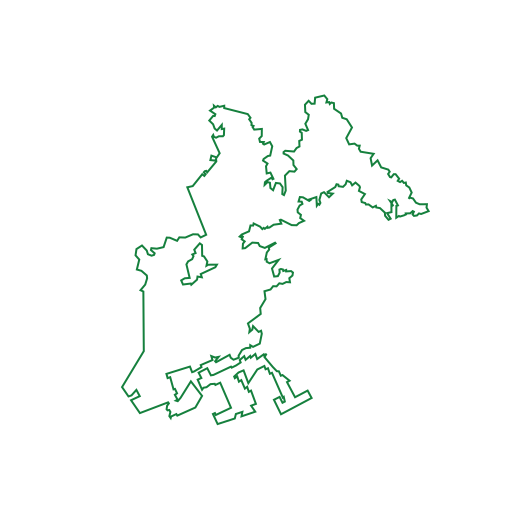 outline of Matías Romero Avendaño, Oaxaca, Mexico, rotated 245°
{"feature_id": "50627088B25064562283862", "entity_name": "Matías Romero Avendaño", "entity_type": "district", "adm_level": 2, "iso_a3": "MEX", "parent_name": "Mexico", "parent_adm1": "Oaxaca", "projection": "robinson", "projection_center": [-94.977, 17.133], "detail": "fine", "context": "isolated", "style": "outline", "palette": "green", "viewbox_px": 512, "rotation_deg": 245, "n_neighbors": 0, "source": "geoboundaries", "source_scale": "gbopen_adm2", "svg_char_len": 6161}
<svg xmlns="http://www.w3.org/2000/svg" viewBox="0 0 512 512"><g transform="rotate(245 256 256)"><path d="M347.3,222.8L296.3,219.8L296.2,213.7L300.1,212.5L302.3,208.1L302.6,199.7L305.3,194.4L303.1,190.9L309.0,185.6L310.4,182.9L303.1,176.0L304.5,169.3L307.3,164.5L305.8,163.3L301.3,165.3L300.1,164.1L300.4,161.5L303.3,158.8L307.1,159.3L313.7,157.1L312.8,150.6L307.5,147.1L302.1,148.7L294.1,142.3L291.0,145.9L284.5,148.8L281.8,147.9L276.9,143.5L273.8,136.9L271.4,138.9L217.2,114.1L193.8,79.2L182.6,81.1L182.3,84.3L185.2,91.0L178.1,91.4L178.1,81.8L162.7,84.4L160.5,114.5L159.2,114.7L157.9,112.2L154.9,110.2L153.5,110.6L153.1,112.3L150.8,112.5L147.5,109.8L145.2,110.2L146.4,111.2L146.4,117.0L144.6,117.2L144.3,137.0L152.0,148.0L169.9,144.0L159.4,127.8L157.5,123.7L158.8,122.3L159.0,124.2L164.5,123.8L164.9,126.4L169.8,126.4L170.0,124.9L182.4,127.0L182.7,124.3L187.0,125.0L183.7,149.4L177.7,149.0L177.5,150.9L178.3,159.6L180.5,159.8L180.1,172.6L184.2,173.2L181.2,176.1L180.4,179.5L177.9,174.5L176.6,174.9L177.6,190.3L174.5,190.1L171.5,191.8L171.1,197.4L173.0,198.1L176.7,203.6L176.8,207.9L175.3,212.0L177.6,213.1L174.9,214.9L175.0,222.4L183.1,228.4L186.1,229.0L186.1,226.3L193.7,223.7L190.8,221.5L189.8,217.8L192.7,219.7L198.3,220.2L201.5,235.8L207.1,237.8L212.9,246.4L220.5,248.8L219.5,255.0L221.4,258.8L219.8,261.8L221.4,265.6L219.5,268.3L219.6,272.4L217.8,275.7L221.8,276.8L222.9,280.8L225.4,282.5L227.5,281.4L229.3,276.8L230.6,277.4L230.9,274.4L232.4,274.7L233.7,273.1L233.8,271.5L230.9,270.4L228.5,267.3L229.7,263.8L237.9,265.2L242.9,274.9L243.7,265.2L246.3,263.3L248.8,264.3L249.1,263.1L254.6,267.3L256.3,270.7L258.2,271.1L259.2,279.1L260.0,278.9L259.6,267.4L263.4,263.6L266.9,263.4L269.7,258.3L267.7,249.5L268.5,247.1L272.7,249.4L274.0,251.9L277.2,250.1L279.6,252.9L278.9,250.8L280.5,249.4L281.5,252.2L281.3,260.1L286.0,263.9L284.8,266.3L286.5,267.6L280.9,272.1L277.7,273.1L278.2,274.9L276.9,275.5L277.7,278.7L276.6,278.5L276.1,280.2L276.9,285.2L274.6,292.6L278.5,292.8L278.4,293.9L268.9,301.4L266.7,305.8L267.7,308.8L267.6,314.4L271.7,312.1L274.3,314.1L277.9,312.3L280.5,313.2L283.3,316.9L283.6,320.1L285.9,320.4L287.4,317.6L290.9,320.7L289.3,323.4L283.4,327.5L283.7,329.0L284.7,328.4L283.9,335.6L275.9,332.4L277.0,334.4L275.7,335.1L276.9,336.8L280.0,337.1L285.1,341.5L285.1,344.6L278.4,347.0L280.1,351.9L282.7,347.8L283.8,347.9L285.0,357.0L287.0,359.3L285.9,360.8L284.3,360.4L281.9,364.1L283.1,367.5L285.8,370.1L282.9,372.8L279.4,373.0L280.5,377.2L275.9,379.3L274.4,379.3L271.5,376.8L266.1,380.9L262.8,375.3L260.2,374.6L257.8,377.4L256.2,377.4L255.2,379.8L250.7,382.3L250.8,385.9L249.2,385.5L247.0,388.6L240.9,391.1L237.9,390.0L232.8,391.4L232.9,393.8L239.5,392.9L238.5,397.3L245.1,400.3L243.3,401.6L249.2,400.7L247.3,402.2L248.7,404.1L248.4,405.7L241.9,406.0L242.1,404.4L231.4,399.3L231.9,402.4L230.9,403.2L230.3,407.3L230.3,409.5L231.3,409.7L229.5,413.8L230.5,417.0L229.4,417.8L227.5,415.5L225.6,416.1L224.7,419.0L225.7,421.7L224.3,423.4L223.7,431.4L227.8,431.0L230.7,432.8L233.7,426.2L236.7,423.5L241.8,422.6L243.8,420.2L243.4,418.6L247.7,423.9L253.3,423.9L256.5,422.0L259.3,422.8L259.7,420.9L262.4,420.2L262.1,417.8L264.2,416.2L265.6,418.4L271.1,417.1L271.9,415.4L270.1,411.8L270.9,410.8L274.5,410.4L275.9,412.8L278.4,412.4L283.4,406.9L291.3,406.6L288.9,399.4L296.2,401.2L298.9,405.8L306.3,394.9L309.7,394.6L312.2,396.6L313.2,394.4L316.2,392.8L317.8,387.6L324.7,387.6L331.9,397.3L341.6,396.0L344.8,392.6L349.2,393.3L356.4,389.0L361.6,391.2L363.3,389.1L362.6,387.1L364.6,387.3L365.4,384.7L368.0,386.9L372.6,385.7L374.5,376.5L369.3,373.5L370.5,370.6L374.4,369.3L372.4,364.3L365.6,361.5L361.7,363.5L358.0,361.0L355.0,356.6L348.1,356.4L348.2,354.3L351.1,351.6L351.7,349.2L350.2,348.4L348.3,349.5L342.0,346.8L342.0,343.8L336.9,341.7L336.7,338.4L334.6,334.6L339.0,327.0L338.5,324.9L337.2,324.3L333.5,327.5L326.8,330.2L322.6,328.4L317.6,329.6L316.2,326.5L318.8,322.1L316.6,316.2L302.7,310.6L299.4,307.1L301.0,306.0L307.1,309.2L311.6,308.4L313.8,304.9L308.4,299.3L311.5,297.8L316.5,299.6L318.1,297.7L316.8,293.9L319.1,295.3L319.7,297.4L320.5,303.2L318.6,303.4L318.6,304.4L325.5,304.3L326.3,300.6L333.1,303.0L334.9,305.5L339.5,302.7L340.7,303.9L341.6,309.0L341.0,311.3L348.6,317.1L353.4,316.8L353.6,310.5L354.8,309.8L356.0,311.2L357.7,307.8L361.0,308.5L362.3,311.9L368.7,315.0L371.3,307.8L374.3,307.4L374.9,308.7L376.6,307.2L378.5,308.3L382.8,307.6L383.6,309.4L388.1,308.5L403.5,289.7L405.6,290.7L406.6,285.9L408.2,284.7L407.7,282.4L410.0,281.4L408.2,280.8L407.2,275.8L401.7,279.1L400.3,277.7L401.1,276.4L398.5,270.9L393.5,272.8L389.0,272.4L386.2,273.7L389.3,280.4L385.5,278.6L384.9,281.0L379.1,278.0L378.5,276.6L380.2,273.0L380.1,269.8L381.8,268.2L383.8,268.4L382.7,266.6L364.5,266.5L361.9,262.1L365.8,258.0L362.2,255.2L359.5,259.7L361.4,261.0L358.5,260.0L352.4,247.1L354.2,246.9L354.5,245.4L353.9,244.1L351.4,244.9L350.4,243.0L352.8,241.8L346.1,228.2L347.3,222.8ZM258.6,185.3L261.0,177.8L265.5,177.9L265.9,182.0L264.2,186.6L277.8,189.4L279.8,192.2L280.1,196.8L282.3,199.3L284.3,198.9L284.2,202.5L287.8,202.7L291.2,210.4L288.8,211.7L278.9,207.3L277.6,208.7L271.6,209.6L268.1,207.0L268.3,209.0L264.7,216.9L263.0,214.4L263.0,198.3L259.6,197.9L262.1,194.3L259.5,192.6L257.3,185.2L258.6,185.3ZM128.8,233.7L136.9,229.7L137.0,227.9L141.8,228.0L142.8,226.2L148.4,224.3L160.7,221.0L162.9,224.2L162.4,221.3L163.6,221.4L162.1,213.5L167.5,214.0L166.0,208.3L167.9,208.5L166.3,202.7L170.2,203.0L168.6,197.3L166.0,197.1L165.2,191.7L165.1,186.8L166.3,186.6L166.2,167.2L166.9,164.7L174.9,164.4L174.5,154.7L168.5,154.9L168.6,150.9L157.6,150.6L158.8,152.7L158.0,155.7L159.1,160.6L157.6,164.6L156.3,164.7L156.3,170.0L129.0,169.2L128.9,152.4L131.0,152.4L131.0,150.2L119.9,150.2L117.7,168.1L121.3,171.0L120.5,177.8L116.8,175.1L115.2,189.5L122.4,188.3L122.0,193.4L136.1,194.6L135.9,192.1L141.2,192.7L140.5,189.9L149.7,190.2L149.3,187.4L154.7,188.1L154.2,185.2L156.0,185.3L157.8,191.0L157.6,196.4L144.0,195.3L152.6,209.2L152.8,217.1L149.3,216.8L149.2,219.4L143.4,218.8L143.4,221.1L116.3,220.5L116.6,221.6L111.9,220.6L111.8,218.0L118.3,217.8L118.1,211.5L102.0,211.8L103.8,246.4L112.2,245.9L111.5,231.7L128.6,230.8L128.8,233.7Z" fill="none" stroke="#15803d" stroke-width="2"/></g></svg>